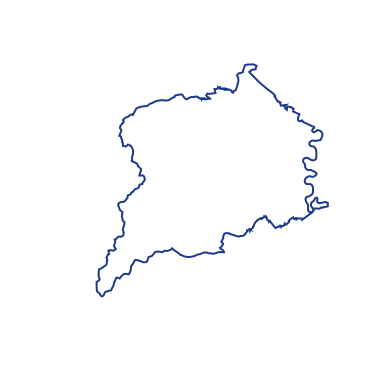 outline of Parau, Brasov, Romania, rotated 139°
{"feature_id": "2599482B71201196039236", "entity_name": "Parau", "entity_type": "district", "adm_level": 2, "iso_a3": "ROU", "parent_name": "Romania", "parent_adm1": "Brasov", "projection": "mercator", "projection_center": [25.249, 45.842], "detail": "fine", "context": "isolated", "style": "outline", "palette": "blue", "viewbox_px": 384, "rotation_deg": 139, "n_neighbors": 0, "source": "geoboundaries", "source_scale": "gbopen_adm2", "svg_char_len": 6010}
<svg xmlns="http://www.w3.org/2000/svg" viewBox="0 0 384 384"><g transform="rotate(139 192 192)"><path d="M196.9,291.6L196.9,290.7L197.3,290.0L198.4,289.3L198.8,289.7L203.5,288.5L204.6,287.1L204.5,285.3L205.2,284.6L210.0,282.1L209.3,281.2L209.2,280.6L210.5,278.2L210.6,277.8L210.4,277.6L210.7,276.6L212.0,275.7L212.2,274.0L213.9,272.1L212.3,270.0L211.6,269.6L209.2,269.8L208.6,268.3L207.9,267.5L208.1,266.6L208.1,264.8L209.3,262.0L211.0,260.0L212.9,258.5L214.5,257.7L215.2,257.0L215.9,255.5L217.2,254.8L215.0,249.9L214.9,249.1L215.8,247.0L215.4,242.9L215.7,242.3L217.3,241.1L218.4,240.8L220.9,238.9L220.0,238.1L219.2,237.8L218.1,236.4L218.0,235.3L219.2,232.6L219.9,232.0L223.2,231.4L224.1,230.6L226.4,231.8L227.1,231.8L229.7,230.2L233.6,231.6L235.6,231.0L237.1,231.0L237.6,231.3L239.1,231.1L239.7,230.5L242.8,231.5L243.5,231.2L244.0,230.3L245.5,229.7L248.3,229.3L249.8,229.3L252.3,231.1L254.2,231.5L256.1,231.0L258.2,225.7L257.7,222.4L260.9,219.7L261.9,217.5L263.1,215.9L262.8,213.5L264.2,212.1L269.0,209.0L270.1,206.1L272.5,204.3L273.5,204.3L275.4,205.1L276.0,206.1L276.9,206.4L278.1,206.7L279.0,206.4L281.1,206.5L281.6,206.8L281.9,205.6L283.1,204.4L286.4,202.4L286.8,199.1L289.2,199.0L290.7,200.1L291.7,201.7L293.6,202.5L293.8,201.6L295.1,200.3L295.3,199.5L296.8,199.8L299.6,198.6L299.7,197.9L300.6,196.2L301.6,195.8L302.2,194.8L304.5,193.2L310.9,193.9L312.5,194.6L313.0,194.5L314.3,193.5L316.6,191.0L318.2,188.8L318.4,187.2L319.9,186.3L323.1,186.6L327.1,181.9L328.8,179.4L328.3,175.7L328.7,174.5L328.8,173.0L328.4,172.5L329.0,172.3L326.6,171.9L325.5,172.6L322.9,173.5L317.4,170.9L315.2,172.0L313.1,172.6L309.6,175.2L308.2,175.5L305.7,176.9L304.7,176.6L303.3,174.2L300.6,174.8L296.9,174.8L293.5,171.3L289.8,173.0L286.2,176.2L284.7,176.2L279.8,178.1L277.7,176.2L274.7,170.7L272.7,169.2L271.7,169.0L267.3,171.4L265.3,170.4L263.6,170.0L259.3,170.9L258.2,170.4L255.9,168.5L253.9,166.0L251.3,165.7L249.4,163.8L246.2,162.4L243.9,162.5L243.8,160.6L242.1,153.8L242.1,152.4L241.0,150.6L240.0,148.3L237.6,145.5L235.7,144.0L231.8,141.9L229.3,141.4L227.0,140.0L222.9,138.6L220.6,136.7L219.7,134.9L218.1,133.5L216.8,131.7L214.6,130.3L212.5,129.7L210.1,128.2L208.8,126.8L208.2,126.7L207.5,125.5L207.1,125.7L206.9,128.1L207.7,130.8L207.6,131.5L205.5,131.4L204.1,132.0L202.9,132.0L202.5,133.0L202.6,135.2L198.8,136.6L197.7,137.9L195.1,139.3L193.4,138.7L191.3,136.8L190.6,135.0L186.5,128.3L185.4,127.3L184.3,127.0L183.1,125.9L181.0,125.1L176.7,126.0L175.7,126.4L175.5,127.0L173.9,126.0L173.8,125.5L174.1,124.6L173.1,125.1L173.3,125.7L172.8,125.5L172.5,124.9L172.4,125.8L171.7,125.1L169.6,125.1L168.5,125.8L167.9,125.6L167.5,126.2L164.7,127.4L160.6,128.0L159.7,127.3L157.7,127.4L157.4,127.0L157.6,126.7L157.5,126.2L157.0,126.0L156.8,126.5L156.1,126.5L155.7,126.0L154.1,125.9L153.4,125.1L153.0,125.3L153.0,125.7L152.6,125.3L152.2,125.4L152.2,124.9L153.0,124.2L152.6,123.5L153.6,121.5L153.1,120.5L153.1,119.5L153.4,118.9L152.2,119.1L152.7,111.5L152.7,110.1L149.4,109.2L149.2,108.7L147.8,108.8L147.8,108.2L147.0,108.2L146.9,107.7L147.1,107.4L146.8,107.5L146.2,106.9L144.1,106.3L143.7,106.8L143.3,106.2L142.5,105.8L142.3,106.3L142.2,105.8L141.7,105.6L138.3,105.7L138.1,106.6L136.6,106.9L132.2,106.5L132.6,104.5L131.2,102.8L130.5,104.0L128.9,102.0L126.5,100.0L127.2,98.8L114.2,97.7L112.2,98.3L111.0,99.7L106.4,95.6L104.9,95.7L103.5,94.2L102.7,94.3L99.1,92.1L98.5,92.4L96.7,94.8L98.1,97.2L102.9,99.6L104.0,101.3L104.0,102.2L103.4,103.3L101.7,104.7L101.3,105.4L101.5,106.0L103.1,106.5L106.1,105.4L108.5,105.7L109.9,105.0L111.4,103.5L111.6,99.6L112.9,98.3L114.5,98.2L115.7,98.7L116.6,100.1L116.6,101.4L115.6,103.1L113.1,105.8L112.7,106.8L112.3,109.7L111.2,111.9L110.4,112.7L109.3,113.1L105.7,111.7L102.8,111.5L101.1,112.2L98.4,115.1L97.2,117.2L97.0,118.7L97.4,120.2L99.9,122.5L100.6,123.4L100.5,125.1L99.5,126.6L97.4,127.8L95.5,127.7L93.8,127.3L92.7,126.6L91.0,124.2L90.0,123.7L88.0,123.4L86.1,123.9L85.8,124.7L86.2,127.1L87.9,130.7L90.0,132.4L90.7,134.4L90.4,136.3L88.6,138.7L88.3,142.0L87.4,143.0L85.7,143.8L84.0,143.4L82.1,141.6L81.4,138.6L80.1,136.7L78.7,135.7L77.0,135.6L75.9,136.1L71.9,140.6L70.5,142.9L70.2,145.4L70.3,146.4L72.0,148.5L72.4,149.9L72.1,151.2L71.2,152.1L69.8,152.4L67.4,151.9L65.1,149.4L61.1,147.0L59.8,147.3L56.6,149.0L55.2,150.7L55.0,151.9L55.0,153.4L55.5,154.7L56.6,156.5L57.3,156.3L60.6,157.0L61.1,157.4L61.3,158.8L61.1,159.5L60.0,160.2L57.7,160.2L57.2,161.2L57.5,161.4L62.3,172.2L61.9,173.7L64.4,174.7L64.9,175.9L64.8,176.7L63.2,178.6L59.9,180.1L62.9,186.5L60.7,188.2L61.3,189.4L61.6,190.6L61.4,190.8L64.0,194.1L66.5,191.8L66.8,193.5L66.1,196.1L64.0,196.1L68.2,198.8L67.0,202.0L66.6,201.9L67.1,203.4L67.9,203.7L67.0,210.0L66.2,210.0L66.1,212.9L67.9,221.7L69.3,230.8L70.1,245.1L66.5,244.8L63.5,242.9L61.9,244.2L60.5,244.7L60.6,245.3L62.0,248.1L66.4,251.7L68.7,252.9L73.6,250.3L75.0,249.1L77.0,249.7L79.0,251.0L81.3,250.7L82.1,248.9L81.9,248.3L84.1,245.4L88.3,242.4L92.1,240.2L94.4,240.8L95.3,240.6L95.7,240.0L96.3,240.7L95.8,241.7L96.2,242.7L95.9,243.2L96.3,244.4L97.3,245.1L97.4,246.0L97.8,246.5L98.7,246.2L99.1,246.5L98.5,247.4L98.9,248.1L99.6,247.7L100.1,247.8L99.8,248.3L99.9,249.0L100.8,248.9L101.0,249.1L100.8,249.6L101.0,250.2L102.0,250.3L102.4,251.3L103.1,251.6L103.1,252.4L102.3,252.7L102.7,253.0L103.3,254.2L103.9,253.5L104.7,253.3L106.3,253.9L107.5,254.9L109.3,251.3L114.5,254.6L116.0,256.3L118.0,255.4L117.9,253.6L117.1,251.4L117.1,250.6L120.5,252.8L120.7,253.5L121.0,253.5L121.0,254.0L121.7,253.9L121.9,254.5L122.7,254.8L122.7,255.1L122.0,255.3L123.1,256.2L123.9,255.8L123.5,256.6L123.8,256.9L124.3,256.7L125.0,257.7L124.9,258.6L125.2,258.7L125.4,260.3L126.5,261.6L128.4,262.5L130.9,264.6L132.0,264.6L133.2,265.2L134.7,265.3L135.4,265.7L135.8,266.6L135.9,268.5L135.5,271.9L136.7,273.2L141.0,275.7L142.1,275.8L142.6,275.1L144.9,275.9L149.2,276.6L151.6,278.0L154.4,281.1L158.6,283.7L162.1,285.0L163.1,285.0L166.0,286.2L169.4,286.3L173.2,289.1L177.8,291.3L179.4,291.5L186.1,288.9L186.3,290.1L189.5,290.8L191.3,290.8L193.6,291.9L196.9,291.6Z" fill="none" stroke="#1e3a8a" stroke-width="2"/></g></svg>